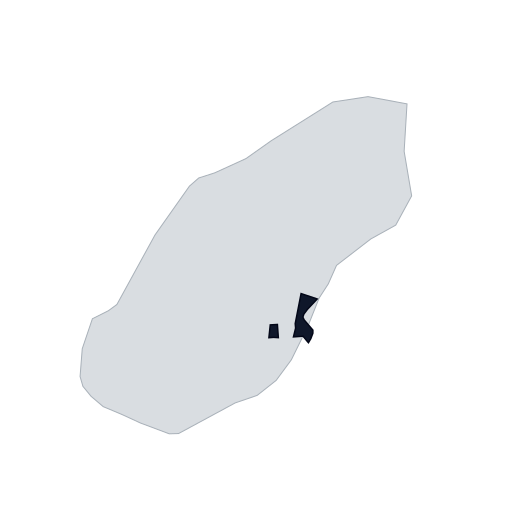 where Ad Dawhah sits in Qatar, rotated 40°
{"feature_id": "QAT-1099", "entity_name": "Ad Dawhah", "entity_type": "Municipality", "adm_level": 1, "iso_a3": "QAT", "parent_name": "Qatar", "parent_adm1": "", "projection": "natural_earth1", "projection_center": [51.524, 25.27], "detail": "fine", "context": "in_parent", "style": "filled", "palette": "ink", "viewbox_px": 512, "rotation_deg": 40, "n_neighbors": 0, "source": "natural_earth", "source_scale": "10m", "svg_char_len": 901}
<svg xmlns="http://www.w3.org/2000/svg" viewBox="0 0 512 512"><g transform="rotate(40 256 256)"><path d="M274.9,458.2L254.8,463.7L235.8,469.6L219.9,469.5L207.2,467.1L198.7,461.4L182.5,438.7L171.0,409.2L178.1,392.8L180.6,382.5L165.1,304.8L160.1,245.2L162.0,233.0L170.9,218.9L185.7,187.8L193.6,157.8L215.9,88.6L239.4,61.9L273.9,42.4L302.2,80.6L336.6,109.9L343.2,142.5L333.0,169.1L323.7,211.4L329.3,230.9L331.4,247.7L340.8,276.1L349.8,312.8L351.4,338.3L346.5,362.0L334.5,381.9L310.8,441.8L303.8,448.0L274.9,458.2Z" fill="#d9dde1" stroke="#a8b0b8" stroke-width="1"/><path d="M330.5,249.6L329.7,263.7L330.0,269.7L331.2,272.7L334.0,274.0L347.2,276.2L349.2,278.6L351.1,284.0L351.9,288.7L350.4,288.5L343.6,287.2L336.7,293.9L332.7,285.8L329.5,282.6L314.7,255.8L330.5,249.6ZM325.6,304.2L321.8,307.0L318.4,310.3L311.2,299.6L316.4,294.7L325.6,304.2Z" fill="#0f172a" stroke="#020617" stroke-width="1.5"/></g></svg>